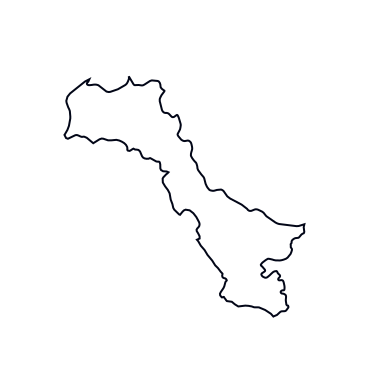 SVG path tracing the border of Volta, rotated 148°
{"feature_id": "GHA-2173", "entity_name": "Volta", "entity_type": "Region", "adm_level": 1, "iso_a3": "GHA", "parent_name": "Ghana", "parent_adm1": "", "projection": "albers", "projection_center": [0.32, 7.267], "detail": "fine", "context": "isolated", "style": "outline", "palette": "ink", "viewbox_px": 384, "rotation_deg": 148, "n_neighbors": 0, "source": "natural_earth", "source_scale": "10m", "svg_char_len": 5547}
<svg xmlns="http://www.w3.org/2000/svg" viewBox="0 0 384 384"><g transform="rotate(148 192 192)"><path d="M212.1,129.7L212.2,130.2L212.1,136.1L213.0,141.8L212.8,147.0L213.1,148.9L210.2,148.5L209.0,150.5L208.7,153.6L208.7,156.3L208.1,157.6L206.8,158.3L205.2,158.7L203.9,159.3L202.9,160.3L202.3,161.4L202.0,162.6L201.6,168.4L202.1,173.3L203.7,177.7L206.8,180.4L208.6,180.7L210.5,180.3L214.2,179.0L214.8,179.8L216.4,186.4L216.3,188.5L215.0,192.2L214.1,196.8L211.7,202.7L211.4,206.6L211.8,211.1L211.7,215.5L209.8,218.9L208.6,219.6L204.4,220.7L203.0,220.8L201.5,221.2L202.6,222.8L205.5,224.9L206.6,227.0L206.4,228.7L204.3,232.2L203.6,234.3L204.0,235.3L204.9,235.8L206.1,236.8L209.0,242.1L209.6,243.0L211.3,243.3L213.0,244.3L214.5,245.7L215.3,247.3L215.4,248.9L214.6,253.9L215.1,256.0L216.4,257.2L217.8,258.2L218.7,259.8L219.6,259.9L222.4,259.8L223.3,260.0L224.5,261.2L224.5,262.1L223.8,263.1L223.2,264.3L223.1,264.9L223.0,267.0L223.6,269.4L224.8,271.8L226.4,274.2L228.5,276.3L233.3,278.7L235.8,280.3L239.0,284.2L240.3,285.2L242.4,285.7L249.9,285.7L252.5,293.7L254.0,295.9L254.8,296.5L255.6,296.8L256.3,297.2L257.1,298.1L258.4,300.1L259.4,301.3L260.8,302.0L269.0,302.9L270.2,304.5L269.9,308.0L269.2,308.3L264.7,310.7L261.3,313.3L256.3,318.8L255.2,320.5L252.7,325.4L252.3,327.3L252.1,329.4L251.1,334.0L250.3,335.9L247.1,338.8L243.1,340.2L224.2,342.4L219.3,342.0L221.4,340.6L223.4,340.0L223.7,339.6L223.9,339.1L223.8,338.4L223.5,337.9L223.1,337.5L222.8,337.2L221.9,336.7L220.5,336.0L218.4,335.1L217.0,334.3L215.9,333.4L214.8,332.1L211.3,322.5L210.3,321.5L209.5,320.8L208.1,320.2L200.4,318.4L192.3,318.1L191.6,318.1L190.6,318.3L189.6,318.6L187.9,319.6L186.0,321.0L185.3,321.7L185.0,322.1L184.3,323.6L184.5,314.5L184.4,313.7L184.0,313.0L180.5,311.0L178.4,309.2L177.2,308.5L175.5,308.3L168.7,308.4L166.9,307.9L162.2,304.3L161.6,303.3L161.5,301.6L161.9,299.9L162.6,298.5L163.1,297.3L162.9,295.5L162.2,293.6L161.7,292.6L162.1,292.0L166.5,290.3L168.2,289.3L169.8,288.2L170.1,287.8L170.4,287.5L170.9,286.6L171.2,286.2L174.0,277.5L174.1,276.6L174.1,275.7L173.7,274.3L173.2,273.7L172.8,273.2L171.5,272.4L170.8,271.7L170.3,270.9L170.2,270.4L170.0,269.9L169.6,267.6L169.3,266.5L169.1,266.1L168.7,265.7L168.3,265.5L167.8,265.3L167.3,265.2L164.4,265.4L163.9,265.3L163.6,264.9L163.6,263.7L163.9,261.8L165.5,256.0L166.0,254.8L166.3,254.4L166.6,254.1L166.9,253.7L167.2,253.3L167.5,253.0L168.8,251.6L169.2,251.3L173.1,249.0L173.5,248.7L173.8,248.3L174.0,247.5L174.0,246.4L173.4,242.1L173.0,241.2L172.5,240.3L171.9,239.6L171.1,239.0L170.1,238.6L168.6,238.0L168.2,237.8L167.9,237.5L167.5,237.1L167.1,236.2L166.8,235.1L166.8,234.2L167.1,232.9L168.0,230.3L168.6,229.1L169.1,228.3L170.8,226.7L171.2,226.4L172.6,225.0L173.4,223.8L173.7,223.3L173.8,222.3L173.9,220.7L173.7,217.9L173.3,215.6L173.1,215.1L173.1,214.2L173.3,213.1L173.9,211.1L174.7,209.4L174.9,209.0L175.2,207.2L174.8,201.9L174.3,198.8L174.3,198.2L174.4,197.1L176.1,191.8L176.5,188.8L176.5,187.4L176.1,184.5L175.7,183.9L175.1,183.2L173.9,182.1L173.1,181.6L172.4,181.3L169.7,180.5L166.1,178.7L165.7,178.2L165.3,177.6L164.8,176.4L164.7,175.6L164.4,169.7L164.2,169.1L163.1,166.2L156.6,155.0L154.2,148.5L154.1,147.2L153.7,146.2L153.2,145.5L152.0,144.7L151.3,144.5L149.0,144.1L148.0,143.9L147.0,143.5L146.1,142.8L145.3,141.9L142.9,138.1L142.7,137.5L142.3,136.5L141.9,133.0L141.7,131.9L137.4,121.9L136.3,120.1L135.1,118.7L121.4,107.6L119.5,106.6L113.8,105.1L115.9,103.0L117.9,98.7L118.6,98.1L119.1,97.8L120.2,98.0L121.0,98.0L121.9,97.9L125.3,96.8L126.0,96.8L126.5,97.0L128.8,98.1L129.3,98.2L130.1,98.3L131.0,98.3L132.7,98.0L133.5,97.5L134.1,96.8L134.5,96.1L135.1,95.8L135.9,95.5L136.2,95.1L136.4,94.6L137.5,92.8L137.5,92.3L137.5,91.7L137.4,91.1L137.6,90.4L138.1,89.7L139.6,88.4L140.6,87.7L141.3,87.2L145.7,85.7L147.7,85.6L150.2,86.1L152.2,86.7L153.8,87.4L157.3,89.7L158.7,91.0L159.6,92.1L161.7,94.2L162.9,95.1L164.0,95.2L165.7,95.2L169.7,94.8L171.3,94.3L172.2,93.8L172.4,93.2L172.3,92.7L172.3,92.2L172.0,91.8L171.4,87.8L171.4,87.2L171.7,86.5L172.2,86.2L172.9,86.1L175.9,86.0L176.5,85.7L176.9,85.3L177.0,84.7L177.1,84.1L176.9,83.0L176.7,82.5L175.7,80.9L175.3,80.5L174.9,80.2L174.4,80.0L173.9,79.9L173.3,79.8L170.3,80.2L168.1,80.7L165.8,81.1L165.3,81.1L164.2,81.0L163.2,80.6L162.7,80.4L162.3,80.2L162.1,79.8L162.0,79.3L162.2,78.2L162.2,77.6L162.0,76.5L161.7,75.5L161.6,74.9L161.8,74.1L162.2,73.7L162.8,73.4L163.5,73.2L164.5,72.9L165.0,72.5L165.3,72.0L165.2,71.4L165.0,71.0L164.6,70.7L162.7,69.8L162.4,69.5L162.1,69.1L161.9,68.6L161.9,68.0L162.0,67.4L162.1,66.9L163.2,63.8L163.9,62.3L165.0,60.7L165.5,60.2L166.1,60.0L166.6,60.2L167.5,60.7L168.0,60.8L168.7,60.8L169.5,60.5L169.9,60.0L170.0,59.4L169.9,58.9L169.7,58.4L169.3,58.1L168.2,57.1L167.7,56.3L167.5,55.9L167.3,55.3L167.2,54.8L167.4,54.0L167.8,53.2L169.7,50.7L170.5,49.1L171.2,47.4L171.6,46.6L171.6,46.0L171.5,45.5L171.2,45.1L170.8,44.7L170.9,44.1L171.1,43.5L171.4,43.1L171.7,42.9L174.2,41.9L175.2,41.6L175.7,41.6L176.2,41.7L176.7,41.9L179.0,43.2L179.5,43.4L180.1,43.5L180.8,43.5L181.4,43.4L184.5,42.8L185.1,42.7L188.9,43.3L189.0,43.3L189.6,46.9L192.5,53.2L196.4,58.7L200.4,61.3L202.0,63.3L204.4,65.5L207.0,67.4L213.4,70.4L215.2,74.1L216.4,77.8L220.2,81.0L220.4,82.0L220.4,83.1L220.6,84.6L220.6,85.6L220.6,86.1L221.0,86.4L222.2,86.6L222.6,86.9L222.9,89.4L222.2,90.9L220.6,91.9L216.3,93.8L214.6,94.9L211.4,97.9L210.5,98.3L209.8,98.4L209.3,98.7L209.2,100.0L209.6,101.1L210.3,101.8L211.0,102.7L211.2,104.0L210.6,105.3L209.9,105.9L209.4,106.6L209.9,109.1L210.3,113.8L211.2,117.5L211.2,119.4L211.2,123.1L212.1,129.7Z" fill="none" stroke="#020617" stroke-width="2"/></g></svg>